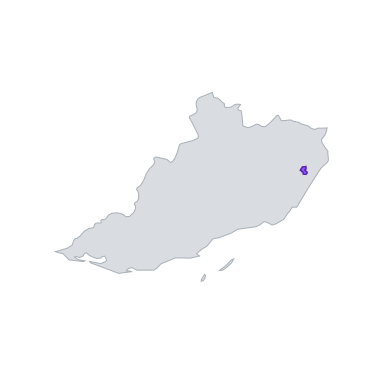 location of Proteccion, Santa Bárbara, Honduras, rotated 161°
{"feature_id": "27666195B44112403281075", "entity_name": "Proteccion", "entity_type": "district", "adm_level": 2, "iso_a3": "HND", "parent_name": "Honduras", "parent_adm1": "Santa Bárbara", "projection": "mercator", "projection_center": [-88.617, 15.083], "detail": "fine", "context": "in_parent", "style": "filled", "palette": "violet", "viewbox_px": 384, "rotation_deg": 161, "n_neighbors": 0, "source": "geoboundaries", "source_scale": "gbopen_adm2", "svg_char_len": 3430}
<svg xmlns="http://www.w3.org/2000/svg" viewBox="0 0 384 384"><g transform="rotate(161 192 192)"><path d="M340.6,180.1L328.2,179.4L322.4,180.9L319.9,184.4L317.7,185.9L315.8,185.6L312.1,186.9L306.6,190.0L301.5,191.1L297.1,190.4L295.8,191.2L295.4,192.2L294.7,193.1L293.0,193.7L291.0,193.4L288.8,192.3L287.6,192.8L287.5,194.8L286.2,195.3L283.9,194.3L281.4,195.1L278.5,197.4L274.5,198.0L269.3,196.6L265.3,194.0L262.4,190.2L259.0,189.2L253.0,192.1L250.5,195.4L250.0,197.4L250.6,199.2L249.5,200.5L246.7,201.1L244.6,203.3L243.2,207.2L242.9,210.2L243.7,212.3L242.4,213.9L238.7,214.9L234.4,218.2L229.5,223.9L224.6,227.9L219.7,230.1L217.3,232.6L217.5,235.4L217.2,236.2L216.3,236.6L214.7,236.9L205.2,231.0L202.5,226.8L200.2,227.4L197.2,229.5L193.0,234.2L188.6,240.6L186.4,241.3L175.2,240.4L169.3,240.9L168.1,241.8L167.6,244.1L167.9,247.2L169.5,258.5L170.4,263.1L169.5,264.5L166.5,264.7L162.6,265.4L160.5,267.5L160.0,269.7L159.8,272.7L158.5,275.9L156.1,278.1L153.7,278.9L140.4,279.5L140.6,274.3L136.8,272.2L134.6,267.9L132.7,265.0L133.3,263.2L133.1,261.1L127.7,259.5L122.7,260.8L119.7,260.0L117.6,258.9L121.3,256.3L121.5,254.7L120.3,253.6L119.1,252.9L119.5,250.0L120.2,246.5L122.3,238.5L121.5,237.1L118.2,234.7L113.9,234.4L109.1,235.2L106.8,234.0L104.8,231.2L101.5,229.9L95.5,232.1L89.1,235.4L87.2,236.6L85.6,236.5L84.9,234.0L84.5,231.0L84.1,230.3L80.8,229.3L76.8,228.5L74.8,227.7L72.9,225.7L68.2,223.1L67.1,221.2L60.8,216.8L59.5,214.6L58.1,213.0L55.0,211.0L52.7,211.5L44.7,208.9L43.4,208.7L44.6,206.5L47.1,203.1L52.6,199.3L53.0,196.2L51.6,190.3L50.2,186.4L50.9,184.7L52.6,177.8L54.0,176.2L61.9,172.7L62.7,172.2L68.9,167.4L75.9,161.9L83.2,155.9L91.2,149.2L95.7,145.3L97.8,143.6L102.4,145.0L106.1,141.8L108.2,140.8L113.1,137.0L114.7,136.1L123.0,134.6L127.0,134.6L130.5,138.5L133.3,140.6L138.5,138.8L142.9,138.4L161.0,141.9L168.2,140.4L181.4,140.0L187.4,140.9L195.8,135.8L201.2,134.8L207.5,132.4L206.7,130.0L205.1,128.9L214.8,130.0L229.2,135.1L244.5,134.2L250.0,131.4L253.6,130.6L269.3,135.9L273.4,140.0L276.6,140.4L279.1,139.4L279.8,138.6L276.7,137.7L275.3,136.4L287.7,138.9L311.0,158.1L311.5,159.7L301.5,154.0L296.3,154.4L294.9,155.4L295.2,158.5L295.7,159.9L297.9,160.1L299.6,159.2L303.7,160.2L306.4,162.3L309.7,165.5L311.7,168.9L313.8,168.9L315.9,166.9L319.9,166.6L322.4,168.9L324.3,168.8L321.7,165.2L315.7,161.7L317.2,161.5L330.4,167.9L334.2,175.9L337.3,177.7L340.6,180.1ZM184.3,111.2L176.7,115.1L174.3,115.1L177.8,112.1L183.5,109.5L188.3,108.2L192.2,108.8L184.3,111.2ZM210.6,107.1L207.0,110.0L206.3,108.7L208.1,106.0L210.3,104.5L212.4,104.6L211.9,105.8L210.6,107.1Z" fill="#d9dde1" stroke="#a8b0b8" stroke-width="1"/><path d="M76.3,178.1L76.2,178.2L76.2,178.5L76.2,178.8L76.1,179.1L77.0,179.1L79.4,179.8L81.0,178.5L81.1,178.4L81.3,178.4L81.5,178.3L82.5,177.3L81.7,176.5L81.7,176.4L81.6,176.2L81.7,175.9L81.7,175.7L81.4,175.6L81.2,175.5L81.2,175.4L81.0,175.2L80.9,175.2L80.7,174.9L80.6,174.7L80.6,174.4L81.0,172.7L78.5,171.6L77.7,172.0L77.4,172.2L77.3,172.3L77.2,172.3L77.1,172.5L77.0,172.8L76.9,172.8L76.9,173.0L77.0,173.1L77.0,173.3L76.9,173.5L76.9,173.8L76.9,174.0L77.0,174.1L77.1,174.3L77.3,174.4L77.4,174.5L77.5,174.6L77.7,174.8L77.8,174.8L77.8,175.0L77.9,175.3L77.9,175.5L78.0,175.5L78.2,175.8L78.2,176.0L78.0,176.3L77.9,176.3L77.7,176.4L77.6,176.5L77.3,176.4L77.3,176.5L77.2,176.5L76.9,176.8L76.7,176.9L76.7,177.0L76.4,177.3L76.3,177.5L76.3,177.8L76.3,178.0L76.3,178.1Z" fill="#8b5cf6" stroke="#5b21b6" stroke-width="1.5"/></g></svg>